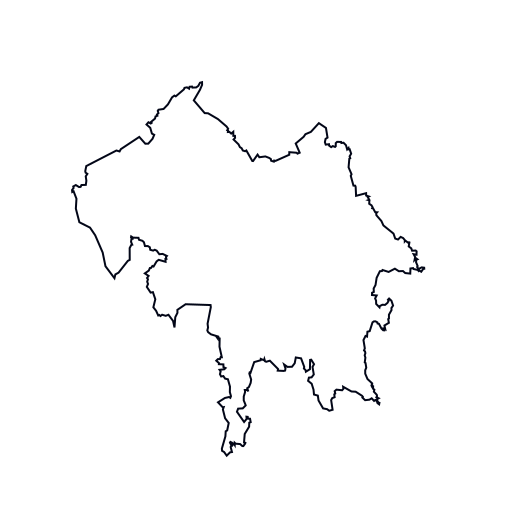 Morelia, Michoacán, Mexico, rotated 339°
{"feature_id": "50627088B87271210555376", "entity_name": "Morelia", "entity_type": "district", "adm_level": 2, "iso_a3": "MEX", "parent_name": "Mexico", "parent_adm1": "Michoacán", "projection": "equal_earth", "projection_center": [-101.279, 19.655], "detail": "fine", "context": "isolated", "style": "outline", "palette": "ink", "viewbox_px": 512, "rotation_deg": 339, "n_neighbors": 0, "source": "geoboundaries", "source_scale": "gbopen_adm2", "svg_char_len": 6135}
<svg xmlns="http://www.w3.org/2000/svg" viewBox="0 0 512 512"><g transform="rotate(339 256 256)"><path d="M359.1,358.4L363.1,355.1L363.8,353.1L366.2,351.4L366.4,346.3L365.0,343.4L363.5,344.1L363.7,345.4L361.9,346.9L359.0,347.9L356.5,346.8L353.6,347.1L352.9,348.2L351.0,343.8L352.1,340.7L352.0,338.3L354.5,336.1L350.3,334.0L351.2,331.9L353.1,331.8L354.2,328.5L357.2,325.9L360.8,319.6L366.2,314.6L368.2,315.2L369.1,314.4L374.1,318.4L381.1,317.6L383.9,321.4L387.8,322.7L389.2,325.4L393.7,327.7L395.7,323.0L398.3,323.6L398.4,324.6L401.9,326.9L402.5,328.3L403.2,327.9L404.6,329.9L407.5,328.0L408.5,328.2L408.8,327.2L406.6,326.0L403.9,326.3L402.9,325.7L402.5,324.0L403.3,323.3L403.2,319.2L404.3,316.9L405.5,316.9L404.8,315.8L402.5,316.7L404.2,314.0L403.8,310.8L406.3,312.3L407.6,309.2L407.0,308.1L403.6,307.0L403.7,304.5L402.0,301.8L404.5,297.6L403.1,298.6L400.9,295.1L400.2,295.5L400.6,294.4L399.8,292.0L397.9,290.0L394.5,291.5L392.2,289.6L392.4,284.4L385.9,273.1L385.6,268.3L383.0,261.1L383.5,259.2L384.7,258.6L383.0,257.8L382.4,253.5L381.6,253.0L382.3,252.2L382.0,250.1L380.4,247.8L381.8,244.7L381.0,244.1L381.9,244.1L381.4,240.9L382.6,240.8L380.5,239.0L381.3,236.8L371.0,235.7L373.8,227.2L373.8,225.9L372.2,225.2L373.2,215.1L374.5,213.9L374.2,206.4L378.0,198.6L379.0,198.5L379.1,196.5L381.5,194.6L381.7,189.9L380.9,189.7L381.1,188.3L379.3,189.2L379.7,184.8L378.3,181.6L376.2,181.1L376.3,180.0L372.6,178.5L370.9,179.2L369.8,182.1L368.9,182.5L367.1,180.9L365.2,181.3L363.8,179.1L364.2,177.8L361.0,177.0L361.1,174.4L362.9,171.6L365.2,171.1L367.2,161.5L362.3,154.5L351.7,159.8L345.8,160.0L343.2,161.8L333.4,165.2L333.8,175.2L331.4,175.3L331.0,174.2L324.3,171.0L323.3,173.4L308.3,174.2L307.2,173.4L306.5,174.3L304.3,172.5L304.6,170.8L303.4,169.1L300.4,166.4L294.5,165.0L293.8,161.9L287.3,166.3L286.6,166.0L284.8,154.0L283.4,154.3L281.5,152.8L281.2,150.2L280.0,148.6L279.7,145.5L276.8,139.2L278.8,138.2L279.4,136.3L277.9,135.7L279.3,131.9L276.7,132.8L275.7,130.7L274.2,130.2L274.9,129.0L274.2,128.3L275.6,127.2L274.9,124.5L269.5,114.5L262.4,105.6L259.3,104.2L253.7,88.4L263.2,80.8L267.0,76.9L267.9,74.4L265.8,74.2L263.1,76.5L260.6,77.2L257.0,76.0L257.0,74.9L254.6,74.2L253.5,75.8L252.0,73.8L249.5,73.4L248.4,74.6L238.3,78.2L237.3,77.0L234.5,77.8L228.1,82.9L222.4,85.6L217.4,84.5L216.3,85.3L216.1,87.7L214.2,88.4L214.2,89.7L212.2,89.7L211.0,91.5L206.1,93.2L206.3,94.3L205.2,94.6L203.5,92.6L200.9,94.0L203.2,98.4L202.7,104.4L204.4,106.4L201.4,109.5L195.7,112.5L192.9,111.5L189.7,103.0L168.1,107.8L166.1,109.5L163.5,107.5L129.8,111.2L127.0,115.6L126.8,117.1L128.0,118.9L125.6,120.6L124.6,125.0L122.6,128.6L118.5,127.2L117.0,128.6L115.5,128.2L113.2,125.2L110.3,125.6L110.1,127.1L107.9,128.5L107.4,130.4L108.9,130.2L108.9,138.2L104.8,147.2L103.2,161.2L111.2,170.0L113.3,179.0L114.1,197.8L111.8,211.6L115.9,226.0L118.1,222.8L121.7,222.3L134.6,214.6L136.7,214.4L140.9,203.3L143.5,201.0L144.5,201.1L144.4,198.0L145.7,195.7L146.7,195.7L146.0,193.8L146.5,193.0L147.8,194.8L152.8,196.9L152.6,198.9L155.4,201.1L156.3,203.0L155.9,206.9L158.6,208.0L160.0,209.8L159.5,212.3L161.9,214.1L163.7,213.9L165.2,215.4L166.4,219.7L169.6,220.6L172.8,224.0L171.6,224.6L171.3,226.6L170.4,226.3L169.5,229.0L163.8,224.7L161.3,225.4L156.6,229.1L155.7,228.2L153.8,229.5L152.6,229.2L150.7,231.2L146.0,232.4L148.6,236.1L146.4,237.5L146.8,239.0L145.2,241.0L145.2,243.4L143.0,245.7L144.5,252.4L146.8,252.8L146.5,260.3L141.8,267.1L143.1,271.4L143.4,276.5L144.6,276.4L145.3,277.8L147.3,277.2L150.3,279.5L153.2,279.5L155.3,286.9L154.3,293.5L158.7,284.2L162.3,280.9L163.3,278.1L173.0,275.8L196.0,285.5L195.5,287.5L186.5,301.9L185.6,305.6L183.9,308.0L184.0,309.9L185.9,313.0L191.9,317.7L191.8,319.6L192.5,320.0L189.4,327.6L187.8,338.2L186.8,337.7L185.4,339.3L183.4,338.6L181.4,339.5L183.1,342.8L182.6,343.7L186.7,345.5L185.8,348.1L187.4,349.7L185.8,350.4L181.2,349.2L181.6,351.1L180.0,353.4L180.3,356.0L182.5,356.4L183.2,359.4L185.6,361.0L184.9,368.6L182.8,373.7L182.4,377.9L181.2,379.2L180.3,378.0L176.1,377.4L168.1,379.0L170.7,385.3L171.7,385.5L170.1,387.4L169.0,396.4L170.7,402.1L166.6,408.5L164.9,408.8L162.8,413.4L155.1,423.6L154.5,425.7L156.0,427.6L157.1,431.9L161.4,430.0L163.3,430.4L163.9,425.2L165.2,423.9L164.8,420.9L165.5,420.4L166.7,421.7L166.4,424.1L168.1,423.1L168.4,424.8L169.2,422.8L169.7,423.9L173.8,425.9L175.1,428.5L176.1,428.9L178.7,427.2L179.1,426.6L178.0,425.8L181.7,418.1L188.4,412.9L190.0,409.2L191.5,409.2L192.1,405.8L190.2,405.0L190.6,403.2L189.5,402.6L188.9,404.7L185.4,406.7L182.4,394.6L184.6,392.1L189.0,393.5L193.5,391.5L192.9,391.6L192.8,386.4L194.2,382.8L197.2,378.9L197.5,377.1L200.0,378.0L200.3,379.7L200.4,376.3L202.4,375.8L205.5,372.6L207.2,369.6L207.6,363.4L208.3,362.5L208.9,363.2L216.3,354.4L223.0,355.0L223.6,353.8L226.1,356.2L226.9,355.2L226.7,357.5L227.6,358.4L231.4,358.7L236.1,369.4L235.2,370.8L240.6,373.2L242.1,373.4L243.2,371.6L243.4,367.4L245.6,370.8L249.9,372.3L253.7,370.0L256.8,365.0L261.4,367.7L261.3,376.8L260.4,378.2L261.4,380.3L261.1,381.9L265.8,381.0L269.3,372.4L270.4,372.6L271.4,377.8L269.0,379.8L267.5,387.3L264.4,389.2L261.8,388.5L259.9,391.2L262.2,395.2L261.8,401.4L260.5,406.1L263.7,408.5L262.6,413.3L264.0,422.3L267.5,424.5L268.9,426.7L272.4,427.0L274.5,417.5L276.2,416.0L278.8,416.0L279.5,413.2L280.7,412.8L281.0,410.4L283.2,409.6L288.3,412.2L290.0,411.3L290.5,409.3L296.6,416.7L300.4,418.4L304.9,424.5L305.3,425.8L304.6,426.3L306.2,429.7L310.4,430.8L313.0,430.3L314.3,433.6L315.6,433.2L316.8,434.7L316.7,436.9L317.8,438.6L318.6,437.3L317.8,436.7L317.1,433.2L319.5,432.8L317.8,431.0L318.8,430.2L319.0,428.8L317.4,424.9L318.6,423.2L317.7,421.8L318.4,420.2L317.5,420.1L317.4,418.7L318.4,418.8L318.1,417.1L318.8,416.5L316.0,410.8L315.8,405.0L317.0,401.8L318.9,399.8L319.9,395.1L319.4,394.3L321.7,390.1L321.9,387.6L323.3,385.9L323.6,384.1L323.0,382.9L324.5,381.2L326.2,373.0L329.6,369.9L330.8,371.0L332.9,366.6L335.2,366.9L341.0,359.7L342.6,359.3L344.1,359.8L345.5,361.4L345.3,362.6L346.5,363.4L347.1,368.7L348.1,370.9L348.9,371.3L349.2,369.6L350.4,370.9L351.0,366.9L356.1,366.0L356.8,362.3L357.7,362.0L359.1,358.4ZM191.0,317.8L190.2,317.3L190.6,318.9L191.0,317.8Z" fill="none" stroke="#020617" stroke-width="2"/></g></svg>